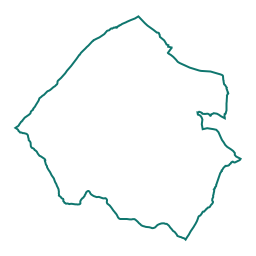 Sirineasa, Vâlcea, Romania
{"feature_id": "2599482B90279875081363", "entity_name": "Sirineasa", "entity_type": "district", "adm_level": 2, "iso_a3": "ROU", "parent_name": "Romania", "parent_adm1": "Vâlcea", "projection": "mercator", "projection_center": [24.167, 44.933], "detail": "fine", "context": "isolated", "style": "outline", "palette": "teal", "viewbox_px": 256, "rotation_deg": 0, "n_neighbors": 0, "source": "geoboundaries", "source_scale": "gbopen_adm2", "svg_char_len": 5789}
<svg xmlns="http://www.w3.org/2000/svg" viewBox="0 0 256 256"><path d="M119.2,218.6L120.2,219.0L126.9,219.0L129.9,219.4L131.7,219.4L132.9,219.1L133.9,219.1L134.7,219.2L135.4,219.8L135.8,220.0L136.8,220.9L137.7,221.7L139.0,223.2L140.3,224.2L141.2,225.2L141.5,225.4L143.1,226.1L144.4,226.4L145.5,226.8L146.8,227.0L149.1,227.2L151.0,227.7L151.6,228.0L152.1,228.1L152.9,228.1L153.6,228.0L155.1,227.4L157.5,225.0L159.4,224.1L160.9,223.6L161.6,223.4L163.8,223.3L164.3,223.4L165.2,223.8L166.8,223.9L168.9,225.6L170.2,227.5L172.0,229.5L172.9,230.8L174.0,231.5L174.8,232.1L176.7,234.5L177.4,235.9L177.5,236.0L178.7,236.4L179.6,236.8L181.3,237.2L181.8,237.5L182.3,237.8L183.9,238.2L184.9,238.9L185.6,239.6L187.0,237.3L188.8,234.7L190.6,231.4L193.8,226.7L194.4,225.6L195.3,224.2L196.9,221.2L197.6,219.4L198.5,216.7L199.0,216.1L200.3,215.5L201.8,213.5L202.4,212.3L202.7,211.9L203.1,211.6L203.7,211.7L204.2,211.5L204.5,211.0L205.7,209.9L206.2,209.1L207.3,208.4L207.6,207.7L209.4,207.2L209.7,207.0L210.0,206.6L210.8,205.2L212.3,203.6L212.7,202.9L213.0,202.2L213.0,201.8L212.8,201.5L212.2,200.5L212.3,199.0L212.4,198.6L212.8,197.9L213.2,197.0L213.1,195.4L213.5,194.4L213.6,193.9L213.7,192.9L214.1,191.7L214.1,190.6L214.3,189.9L214.3,189.4L214.0,189.2L214.9,188.3L215.0,188.0L214.9,187.4L215.7,186.7L216.1,186.1L216.2,185.5L216.2,184.6L216.4,184.4L220.1,173.6L220.5,172.7L220.9,172.3L221.4,171.3L221.8,171.1L221.6,170.5L221.7,170.3L222.3,169.8L223.0,168.7L223.3,168.1L224.3,167.0L225.1,166.4L225.4,165.9L225.8,165.9L226.1,166.0L226.4,165.9L227.9,165.7L228.7,165.4L229.1,165.1L229.7,164.2L230.6,163.6L231.1,162.6L231.5,162.5L231.9,162.0L232.4,161.7L232.9,161.7L233.5,162.2L234.8,162.5L239.3,160.3L240.2,159.6L240.6,158.8L236.1,156.5L234.8,154.9L234.8,153.0L233.2,151.0L230.8,149.2L227.2,146.9L225.2,144.9L223.8,142.5L222.0,140.0L220.6,137.0L218.5,132.2L216.3,129.8L213.6,129.2L207.2,128.2L202.7,129.2L201.8,124.3L202.4,119.5L201.6,117.4L200.7,116.1L199.9,115.4L198.6,114.8L197.9,114.6L197.7,113.7L197.5,112.4L198.2,112.5L199.0,111.8L199.3,111.8L201.2,112.5L202.0,113.0L202.1,113.5L202.6,113.8L203.2,113.9L204.5,113.9L204.8,114.0L207.3,113.7L208.0,113.8L209.1,114.4L210.3,115.8L210.8,115.6L210.9,115.4L210.4,115.1L210.4,114.9L210.6,114.7L212.3,113.9L212.6,113.9L213.7,113.2L216.9,113.7L218.8,114.7L220.9,116.2L224.8,118.3L224.8,117.6L224.6,117.0L224.5,116.1L224.6,114.1L224.9,113.8L225.4,113.9L225.8,113.2L225.9,112.4L226.5,110.4L226.5,103.4L226.7,101.6L226.8,99.2L227.0,96.4L226.9,95.6L227.5,94.3L228.2,93.7L228.3,93.5L228.2,93.2L227.7,92.7L227.7,92.4L228.0,92.5L228.0,92.3L227.2,90.7L227.0,89.5L226.5,88.8L226.5,88.3L226.8,87.6L226.1,86.8L225.3,85.4L224.8,84.8L224.3,84.5L224.1,84.2L223.6,81.7L223.6,80.6L223.3,80.1L223.1,77.6L223.0,76.1L222.6,75.4L221.8,74.9L220.5,74.4L218.4,73.8L210.5,71.5L200.9,70.9L199.1,70.5L189.7,67.6L179.6,63.0L177.7,61.8L176.1,59.8L173.3,56.9L170.8,54.9L169.2,54.0L168.0,53.1L167.9,52.9L168.1,52.6L170.4,49.5L171.2,48.4L171.5,48.2L171.6,47.5L168.1,46.7L168.4,45.2L166.5,44.5L165.9,43.2L164.2,40.4L160.8,37.6L160.0,37.0L159.7,35.7L159.7,34.9L159.4,34.5L159.1,33.8L159.1,33.4L158.9,33.1L157.9,32.6L156.9,32.6L153.5,29.9L147.5,25.6L144.9,23.2L138.4,16.4L134.9,18.5L131.0,20.0L127.1,21.7L126.0,22.3L122.2,23.9L120.3,25.2L119.4,25.3L118.9,26.0L117.6,26.5L117.2,26.8L117.2,27.3L117.0,27.5L116.8,27.4L116.4,27.1L116.0,27.1L115.7,27.2L115.8,27.6L114.9,27.5L114.5,27.7L113.5,27.7L113.3,27.9L112.4,28.6L112.0,28.6L111.4,28.4L111.2,28.5L110.5,28.9L109.3,30.2L108.6,30.4L107.7,30.6L107.0,30.9L104.3,34.1L99.4,37.4L96.4,38.8L94.7,39.7L93.7,40.1L93.6,40.4L93.2,40.6L93.0,41.0L92.7,41.1L92.1,41.6L88.4,45.6L86.7,47.1L85.5,48.4L82.8,51.0L80.9,52.9L79.7,54.8L79.3,54.9L76.5,58.9L71.1,66.0L67.0,70.7L65.2,73.3L61.0,78.0L58.0,80.7L57.6,81.3L57.5,81.9L57.4,83.4L57.0,84.3L56.0,85.1L55.4,85.8L54.7,86.4L53.6,87.0L52.2,88.2L51.1,89.2L49.8,90.2L49.1,90.6L47.6,91.2L47.2,91.5L44.3,94.5L43.9,94.9L42.4,95.8L41.0,97.1L39.9,97.9L39.5,98.2L39.3,98.7L39.0,99.3L38.9,99.9L38.3,101.1L35.5,105.6L35.1,106.5L33.2,108.7L33.2,109.4L32.9,109.9L32.2,110.3L30.9,111.6L30.4,113.4L30.0,113.8L28.4,115.2L27.6,115.6L27.0,116.1L24.8,117.6L24.0,118.5L23.7,119.0L23.1,119.6L22.6,120.3L22.4,120.8L21.9,121.1L21.6,121.6L21.1,121.8L20.3,123.0L20.0,123.5L19.7,123.9L19.2,124.5L19.0,125.1L18.6,125.6L17.9,126.3L17.4,126.5L15.4,127.9L17.7,129.4L18.2,130.1L18.7,131.2L19.5,131.6L19.9,132.3L20.1,132.5L21.5,132.5L22.7,133.1L23.8,133.1L26.4,133.8L27.1,134.3L27.7,135.0L27.9,135.4L28.2,137.4L28.7,138.9L28.7,140.1L30.1,141.6L30.6,142.8L30.7,144.4L30.8,146.0L31.0,146.6L31.5,147.4L31.8,147.8L33.3,148.4L33.9,148.8L34.7,150.1L35.3,150.3L36.3,151.2L36.8,151.7L37.8,153.6L39.4,155.7L39.7,155.9L40.3,156.1L40.9,156.4L44.0,158.5L44.8,159.2L45.1,159.6L45.3,160.3L44.8,160.8L45.2,161.8L45.8,164.2L46.2,165.0L47.0,166.2L47.0,167.0L47.2,167.5L48.6,170.0L50.0,172.0L51.7,175.4L53.9,178.5L54.3,179.8L55.1,182.0L56.3,184.1L56.9,185.8L57.9,187.8L58.5,189.1L58.9,191.7L58.8,193.5L59.0,194.4L59.0,195.3L58.9,195.6L60.0,196.4L60.7,196.9L61.6,198.2L62.4,198.6L63.1,198.9L63.4,199.6L63.3,200.8L63.3,201.1L64.1,201.9L64.5,202.8L65.2,203.0L65.8,203.6L66.1,203.7L66.4,203.6L67.3,203.5L68.0,203.6L69.3,204.1L70.1,203.9L71.7,203.8L75.0,204.3L76.3,204.3L77.6,204.5L79.4,204.3L80.2,203.8L80.4,203.5L80.3,202.2L80.3,201.6L80.6,200.6L81.1,199.8L82.2,198.4L83.5,197.5L83.8,196.8L84.6,196.0L84.8,195.1L85.7,193.7L86.1,192.5L86.5,192.0L87.5,191.2L88.1,191.0L88.6,191.0L89.4,191.6L89.8,192.2L90.4,193.5L90.8,194.0L91.4,194.6L93.6,196.0L96.6,197.1L98.9,196.9L102.9,198.3L103.8,198.4L105.4,198.2L105.8,198.4L106.2,198.7L106.8,199.5L107.0,200.0L107.0,200.6L106.8,201.9L106.9,202.7L107.1,203.2L107.4,203.7L109.7,205.5L111.5,207.8L113.5,210.7L114.5,211.8L115.1,212.7L115.9,213.5L116.9,215.0L118.1,217.5L119.2,218.6Z" fill="none" stroke="#0f766e" stroke-width="2"/></svg>